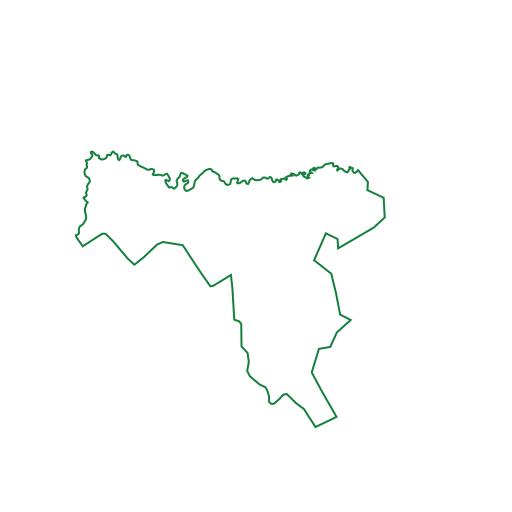 the district of Ani, Shirak, Armenia, rotated 56°
{"feature_id": "60910142B64012193022173", "entity_name": "Ani", "entity_type": "district", "adm_level": 2, "iso_a3": "ARM", "parent_name": "Armenia", "parent_adm1": "Shirak", "projection": "equal_earth", "projection_center": [43.671, 40.552], "detail": "fine", "context": "isolated", "style": "outline", "palette": "green", "viewbox_px": 512, "rotation_deg": 56, "n_neighbors": 0, "source": "geoboundaries", "source_scale": "gbopen_adm2", "svg_char_len": 6010}
<svg xmlns="http://www.w3.org/2000/svg" viewBox="0 0 512 512"><g transform="rotate(56 256 256)"><path d="M241.8,123.4L242.3,124.8L242.5,126.0L242.5,127.3L241.8,128.2L240.0,128.4L238.8,128.2L238.2,127.3L237.6,126.9L237.3,126.7L234.5,128.6L234.9,129.2L235.9,129.2L236.2,129.2L236.4,129.9L236.4,130.8L237.2,131.4L237.3,131.8L237.4,132.6L237.7,133.6L236.2,134.6L234.5,135.4L232.5,135.6L231.4,136.4L230.4,137.3L230.4,139.4L230.4,139.7L230.6,140.7L230.1,140.8L229.6,139.9L229.3,139.5L228.7,138.5L227.7,138.2L226.7,138.3L226.4,139.0L225.8,139.8L225.7,140.4L225.6,140.7L225.4,141.3L224.4,141.6L223.5,141.2L222.8,140.4L221.8,140.6L221.4,141.1L221.0,142.0L220.2,143.3L220.2,144.0L219.8,145.0L219.0,146.1L218.9,147.7L218.7,148.6L219.3,149.9L219.3,150.8L219.4,151.5L219.0,152.3L218.5,153.7L217.2,155.3L217.4,156.0L217.8,156.8L217.7,157.6L217.1,157.8L216.0,158.0L215.3,158.6L215.3,159.5L216.0,159.6L217.8,159.6L217.2,160.3L215.5,161.2L215.0,162.3L215.4,163.6L216.2,163.9L217.3,163.7L218.4,163.3L218.2,163.8L217.9,164.7L217.2,165.8L217.7,166.9L218.5,167.0L217.9,167.9L218.4,168.6L219.6,168.7L220.7,168.2L220.6,169.7L219.6,170.7L218.2,171.0L217.0,171.9L215.6,171.9L215.3,171.5L215.2,171.4L215.4,169.2L215.1,168.7L213.8,169.2L213.1,170.4L213.1,171.2L213.6,172.1L213.1,172.4L212.0,172.3L211.2,172.7L211.3,173.7L212.2,174.8L212.2,175.5L212.1,176.2L212.1,176.4L212.0,177.5L211.4,178.1L209.0,178.8L208.1,179.8L207.4,180.6L207.8,181.4L208.8,181.1L209.6,180.9L209.1,182.0L208.4,183.1L207.8,184.7L207.4,186.6L208.3,187.0L209.4,187.2L209.7,188.2L209.3,188.9L207.6,188.9L207.3,189.7L206.8,191.5L206.2,192.5L206.4,193.0L208.0,193.3L208.1,194.4L207.7,195.4L207.1,195.3L205.9,195.1L204.3,195.8L204.0,196.1L204.0,196.6L205.0,197.7L205.2,198.4L205.1,199.5L203.9,200.4L202.9,200.4L202.0,200.1L200.5,199.6L200.4,199.6L199.4,199.5L198.2,200.6L198.6,202.0L198.3,203.4L196.9,204.2L196.4,204.5L195.9,204.8L194.9,206.2L195.2,207.3L195.4,208.9L195.0,210.3L194.3,211.9L192.9,214.0L191.6,214.8L189.4,215.5L189.4,217.8L190.0,219.3L190.7,220.5L191.4,221.2L191.9,222.3L190.8,223.3L189.6,223.2L189.2,223.1L188.4,222.9L187.3,223.0L186.6,224.2L186.4,225.0L186.4,226.6L186.5,228.5L185.7,230.4L184.6,230.7L183.7,229.3L182.3,227.7L181.3,228.0L181.1,228.1L180.7,229.1L179.6,230.6L178.7,232.1L178.5,233.2L179.3,234.6L180.7,235.8L181.8,237.2L181.5,239.2L180.3,240.8L178.4,240.9L176.5,240.8L175.3,241.4L174.2,242.7L172.4,243.2L172.2,243.1L171.1,242.8L169.4,241.7L168.0,241.5L166.7,242.1L165.5,242.5L163.9,243.1L162.4,244.3L161.1,244.8L160.5,244.5L159.7,244.5L158.4,245.1L157.5,246.6L157.0,248.6L156.7,250.2L156.7,251.2L157.4,253.5L157.5,255.5L157.9,258.0L158.9,260.5L159.1,263.0L159.8,264.7L161.3,266.3L163.0,268.0L163.8,269.1L164.3,269.8L164.1,272.8L163.9,275.4L163.2,277.3L161.9,277.8L161.2,278.0L159.3,277.5L157.8,276.1L157.2,274.5L157.4,271.9L157.0,270.9L155.4,270.1L154.7,270.8L154.4,272.1L154.1,273.9L154.1,274.1L152.9,274.4L151.9,273.9L151.7,272.9L151.6,270.7L151.8,268.9L151.6,268.6L151.4,268.0L150.7,268.2L150.4,268.2L148.1,269.5L145.8,270.7L145.2,271.7L145.8,272.7L146.7,273.9L146.9,274.1L147.9,275.6L147.8,276.6L148.4,278.5L149.2,279.8L150.9,280.3L152.5,281.0L153.4,282.0L154.1,283.6L154.4,286.1L153.3,286.8L151.7,287.4L150.9,289.2L150.3,289.9L149.2,289.8L148.7,289.7L147.1,289.9L145.1,289.9L144.0,289.6L143.6,289.5L142.5,288.6L142.6,287.9L143.7,287.5L145.0,286.5L145.2,286.3L144.7,284.8L143.3,284.1L141.7,283.9L140.7,283.8L139.2,283.7L138.0,283.8L137.5,285.3L137.6,287.3L136.8,288.8L135.4,289.7L134.2,291.3L133.1,293.4L132.5,294.5L131.7,295.6L130.7,296.0L130.2,295.3L129.8,294.3L128.5,292.9L127.2,292.5L126.3,293.1L125.2,294.2L124.9,295.5L124.7,296.2L124.6,296.8L123.2,298.1L122.6,298.4L121.9,298.8L119.3,300.1L116.8,301.8L116.7,301.8L114.0,302.9L113.3,302.5L112.9,302.2L111.5,301.5L110.6,301.8L108.5,303.5L107.4,304.9L106.2,305.8L104.2,305.5L102.2,304.8L101.0,305.2L100.2,306.0L100.1,307.0L101.1,308.1L100.6,309.1L99.2,309.2L98.3,309.9L97.9,311.2L98.0,312.6L98.6,313.1L99.1,313.6L99.8,315.0L99.9,315.9L99.1,316.1L97.9,316.0L96.6,315.4L95.4,314.8L94.8,314.5L94.1,314.3L92.6,315.3L91.3,315.8L89.6,315.9L89.4,316.8L89.8,318.1L90.8,319.4L91.1,320.4L90.2,321.4L89.2,322.1L89.2,323.2L89.7,323.6L90.2,324.1L90.9,325.1L90.9,326.6L90.1,329.6L88.2,331.0L86.8,331.4L85.8,330.3L85.3,330.1L84.4,330.4L83.8,331.4L83.1,332.1L82.3,332.3L81.7,332.4L80.4,332.5L78.4,333.0L77.6,333.7L77.6,335.0L78.4,335.4L79.7,335.0L81.2,335.3L81.3,335.4L81.7,336.2L82.5,338.1L82.9,339.5L82.6,340.7L82.5,341.2L81.7,342.9L81.7,343.7L82.1,343.9L82.3,343.9L83.7,343.9L84.7,344.3L85.6,345.6L87.1,345.9L88.2,346.6L88.4,347.5L88.5,348.9L89.0,349.9L89.9,350.6L91.1,351.8L92.4,352.2L94.4,352.5L95.4,352.1L96.8,351.5L98.3,350.9L99.7,351.4L101.2,351.9L101.9,353.4L102.8,355.7L103.9,357.3L105.6,357.9L106.8,358.6L107.4,359.8L108.0,361.1L108.2,361.5L108.6,361.6L109.4,361.8L110.9,362.4L111.4,363.3L111.4,364.7L111.3,365.1L111.1,365.9L111.4,366.5L112.3,366.5L112.6,366.4L114.4,366.4L116.2,366.0L117.3,365.5L117.9,366.0L118.0,367.4L118.5,368.2L119.6,369.1L120.2,370.1L121.0,371.4L122.5,372.3L124.3,373.2L126.7,374.0L128.5,374.9L130.5,376.3L130.9,377.4L131.5,378.8L132.7,381.1L133.0,382.9L133.0,385.7L133.6,386.5L134.3,387.6L135.7,388.5L137.1,389.5L138.2,390.0L138.4,390.7L138.5,391.6L138.5,392.8L138.1,393.7L139.9,394.4L151.1,394.2L151.3,380.9L151.6,370.8L153.5,368.3L163.9,366.2L186.4,363.8L195.2,361.7L194.3,350.0L191.2,331.5L192.3,325.4L206.1,310.7L236.3,311.1L255.6,310.8L256.8,308.0L257.7,287.4L269.0,293.3L296.6,309.6L301.0,306.4L304.2,306.3L322.9,318.6L331.7,317.2L339.8,321.2L346.3,327.5L352.4,328.3L364.4,324.9L370.0,321.6L374.0,321.9L380.1,323.9L384.1,326.7L386.9,326.2L388.5,323.8L387.6,316.5L386.3,310.9L387.5,307.7L400.3,305.1L409.9,301.8L418.8,302.1L430.9,302.3L430.9,303.3L434.4,279.2L405.4,277.1L383.7,274.9L368.2,255.8L372.9,245.3L364.6,231.7L362.0,213.3L351.6,219.0L331.4,210.4L312.8,203.5L292.0,210.2L276.3,185.4L287.5,178.9L295.6,183.6L298.3,142.5L296.0,127.7L279.1,117.6L263.7,126.8L257.2,121.8L252.4,122.3L241.8,123.4Z" fill="none" stroke="#15803d" stroke-width="2"/></g></svg>